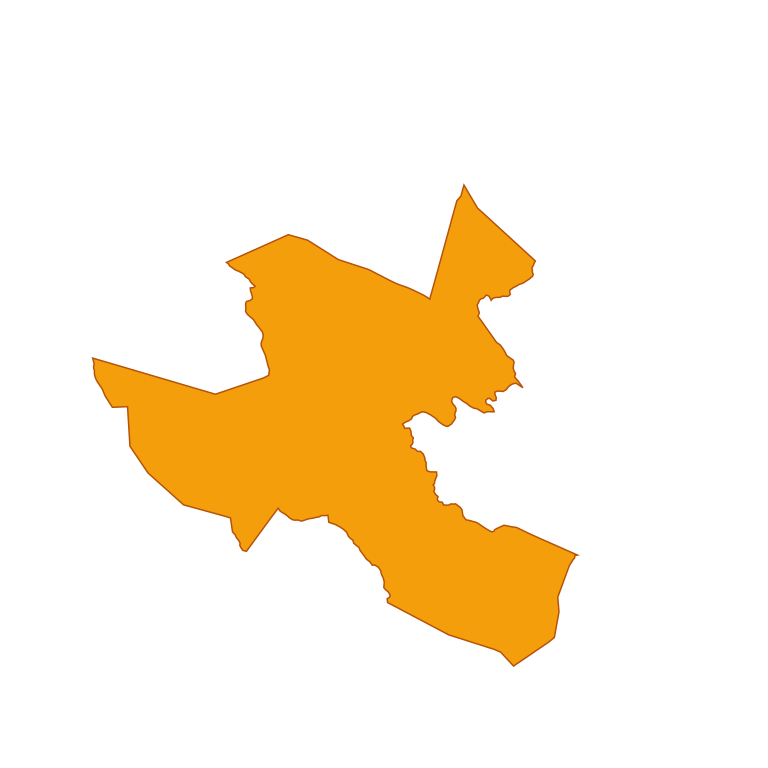 Oeiras, Piauí, Brazil (Equal Earth projection), rotated 118°
{"feature_id": "56859067B10450749339831", "entity_name": "Oeiras", "entity_type": "district", "adm_level": 2, "iso_a3": "BRA", "parent_name": "Brazil", "parent_adm1": "Piauí", "projection": "equal_earth", "projection_center": [-42.206, -6.968], "detail": "fine", "context": "isolated", "style": "filled", "palette": "amber", "viewbox_px": 768, "rotation_deg": 118, "n_neighbors": 0, "source": "geoboundaries", "source_scale": "gbopen_adm2", "svg_char_len": 4359}
<svg xmlns="http://www.w3.org/2000/svg" viewBox="0 0 768 768"><g transform="rotate(118 384 384)"><path d="M444.2,132.9L447.3,175.6L448.0,187.3L448.4,199.4L449.7,203.0L451.1,207.4L452.4,211.8L454.3,213.2L458.5,216.5L460.6,217.8L462.6,217.8L464.0,219.6L464.0,224.1L463.6,229.4L463.0,234.3L462.8,237.4L463.6,240.8L464.2,243.7L465.4,248.0L463.1,252.6L458.2,256.3L457.0,259.4L456.2,264.5L457.4,266.3L458.4,268.6L460.7,270.2L461.7,272.2L462.8,274.5L461.0,277.2L462.1,279.8L461.5,282.2L459.9,283.2L458.1,283.3L457.2,286.8L455.4,289.6L453.5,289.8L451.5,290.8L449.9,293.3L448.3,292.6L446.7,293.4L444.8,293.7L443.1,294.0L440.3,294.2L437.0,296.3L440.0,302.2L440.3,305.5L438.1,307.3L435.4,309.0L433.7,309.8L432.2,311.9L429.9,313.4L427.4,316.5L426.3,320.1L427.8,322.8L426.8,325.8L427.6,330.1L425.9,331.5L424.1,330.8L421.9,331.0L420.3,332.3L417.8,332.8L416.6,335.6L413.0,338.1L410.9,340.7L412.2,343.0L413.4,344.7L411.7,347.0L410.7,348.8L409.0,348.0L406.9,346.6L404.6,344.7L401.8,343.3L399.1,343.6L396.8,342.2L394.8,340.3L392.3,338.6L390.4,337.0L389.4,333.3L389.4,328.7L390.0,322.5L391.6,317.9L392.3,312.8L392.2,310.1L391.6,307.8L387.6,305.6L382.3,304.9L380.0,305.1L378.1,307.0L375.9,307.8L374.0,307.8L371.7,309.0L370.3,311.0L369.3,313.8L367.3,316.4L363.7,316.9L361.5,314.8L361.4,310.8L362.1,306.5L362.4,301.6L363.2,298.0L363.2,293.4L362.2,290.3L362.6,282.2L360.0,279.8L356.8,273.7L354.4,276.2L352.9,280.2L353.5,283.7L352.5,285.5L350.6,286.5L348.1,285.6L347.1,283.9L347.9,279.9L345.9,277.5L343.6,278.3L340.9,281.3L339.3,282.3L337.2,280.8L336.0,278.6L334.7,275.3L331.5,273.4L328.9,273.0L326.5,272.3L323.6,270.5L321.3,267.9L322.1,259.6L318.5,266.7L317.6,269.2L316.5,272.0L312.9,272.8L311.5,275.3L309.4,277.3L306.5,278.5L303.3,279.6L302.2,281.3L301.8,285.2L301.3,289.0L299.3,291.7L297.7,294.2L296.5,296.3L294.9,299.9L294.5,304.0L279.9,333.0L277.9,333.0L276.1,333.4L273.3,336.6L270.3,338.9L267.6,338.7L265.7,339.0L263.7,338.7L261.8,336.7L259.8,336.0L257.5,335.5L257.1,332.9L258.3,330.6L259.8,328.7L257.4,328.3L255.1,326.0L252.8,321.9L250.8,320.7L249.6,317.9L248.3,315.7L245.6,314.5L244.1,315.9L242.1,317.0L239.7,315.8L238.2,315.1L235.5,313.1L233.1,311.7L231.7,310.6L230.4,309.2L228.6,308.0L225.6,306.4L222.8,304.8L221.0,304.3L219.4,303.4L217.3,303.6L215.6,305.5L213.6,306.6L212.0,308.0L209.6,307.8L206.9,308.1L204.3,308.1L184.7,384.1L170.8,406.8L182.1,404.3L187.9,405.7L206.5,401.6L209.4,400.9L264.3,388.6L284.7,384.1L287.5,383.4L287.0,389.8L287.1,394.7L287.3,399.7L287.4,402.6L287.9,409.0L288.9,415.4L289.4,419.1L289.8,426.1L290.1,451.1L295.6,482.7L292.9,519.0L297.1,538.6L350.6,580.2L351.0,577.6L352.2,575.9L352.6,572.3L353.1,568.6L352.7,565.4L352.7,559.4L354.3,556.7L354.7,552.3L356.4,549.9L357.3,547.6L358.1,543.8L359.9,544.2L362.0,547.2L364.8,545.2L366.7,543.1L369.0,541.0L370.8,540.4L373.2,541.5L375.8,544.2L378.1,543.9L381.3,541.9L385.0,540.2L386.6,537.4L387.9,532.0L388.4,529.6L389.6,527.4L391.4,524.3L392.7,521.0L394.2,517.9L395.3,515.6L397.5,513.7L399.6,512.7L401.2,512.3L405.3,511.8L408.1,510.2L409.8,508.0L414.3,502.3L416.9,499.9L418.9,498.1L421.5,495.7L422.9,494.5L424.4,492.6L426.0,491.5L430.6,489.9L435.4,493.4L472.2,528.1L491.5,622.3L497.9,653.4L502.6,649.1L504.5,648.8L506.5,647.7L507.9,646.1L509.9,645.1L512.4,643.4L515.0,640.6L516.9,637.7L520.5,630.7L525.6,624.4L532.1,612.9L524.4,599.8L558.2,579.1L573.3,550.7L574.7,545.2L575.6,541.5L584.8,504.2L575.8,464.0L574.3,456.7L585.7,448.3L587.0,444.6L589.1,441.9L590.1,439.3L591.8,436.6L594.2,435.5L595.7,433.4L597.2,430.6L596.3,426.9L557.9,421.4L543.3,419.1L544.9,416.3L545.3,413.4L545.3,410.5L545.8,407.5L546.6,404.4L546.8,400.9L545.9,398.4L544.5,396.1L543.9,392.7L542.1,390.7L540.4,389.2L538.2,387.0L535.9,383.8L533.4,381.1L532.0,379.1L529.5,377.4L527.9,374.2L526.2,371.9L532.0,367.8L531.6,365.1L530.9,361.0L530.9,356.2L531.3,351.9L532.5,347.3L535.1,344.0L536.1,341.4L536.5,338.2L538.9,335.9L540.1,329.3L542.2,327.0L543.5,324.1L545.2,320.5L546.9,317.4L547.6,313.1L549.5,309.2L548.1,307.0L548.5,302.8L550.5,299.1L552.2,297.9L554.1,295.8L555.8,293.4L558.7,290.8L561.7,289.5L563.8,288.6L564.9,286.1L565.6,282.7L567.5,279.4L569.7,279.0L572.2,280.4L575.3,278.2L575.2,247.8L575.1,209.0L566.6,162.2L566.4,159.8L566.0,155.1L572.2,137.2L569.0,135.5L534.3,117.3L527.8,114.6L503.1,122.5L490.6,130.5L457.4,135.1L450.6,134.6L448.0,134.0L445.9,135.0L444.2,132.9Z" fill="#f59e0b" stroke="#b45309" stroke-width="1.5"/></g></svg>